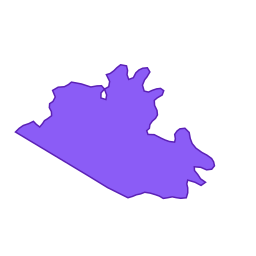 Entre Rios, Santa Catarina, Brazil, rotated 121°
{"feature_id": "56859067B45764003386581", "entity_name": "Entre Rios", "entity_type": "district", "adm_level": 2, "iso_a3": "BRA", "parent_name": "Brazil", "parent_adm1": "Santa Catarina", "projection": "natural_earth1", "projection_center": [-52.594, -26.737], "detail": "fine", "context": "isolated", "style": "filled", "palette": "violet", "viewbox_px": 256, "rotation_deg": 121, "n_neighbors": 0, "source": "geoboundaries", "source_scale": "gbopen_adm2", "svg_char_len": 1594}
<svg xmlns="http://www.w3.org/2000/svg" viewBox="0 0 256 256"><g transform="rotate(121 128 128)"><path d="M157.8,42.1L152.8,43.4L148.5,46.0L145.7,48.8L141.9,50.0L140.0,42.6L139.6,35.8L134.6,33.6L134.2,39.6L132.0,44.1L130.2,49.1L127.1,51.2L124.2,45.3L123.4,39.1L120.2,35.0L115.9,34.4L112.9,37.2L111.1,40.6L110.6,46.3L110.9,52.1L110.3,59.4L108.3,65.0L105.0,69.2L100.3,73.3L98.9,79.1L102.0,83.1L105.2,84.4L109.4,84.7L112.9,81.8L116.1,80.8L118.3,85.7L119.2,90.1L119.7,94.8L120.2,102.1L123.2,107.5L120.7,110.6L117.3,109.5L113.8,111.0L109.6,110.7L105.6,109.4L101.6,109.5L98.0,112.2L94.9,116.9L90.8,119.7L87.0,118.4L82.1,115.7L77.6,116.6L77.3,120.5L79.7,123.6L83.1,126.5L86.7,129.0L88.0,133.2L83.8,137.7L78.1,138.6L74.7,138.1L68.7,138.1L66.4,142.4L69.2,146.2L72.6,148.5L76.7,149.7L82.1,149.3L86.0,152.4L82.8,156.3L78.9,158.0L75.5,161.3L77.6,166.9L82.1,168.6L86.2,169.6L90.5,171.4L93.4,174.0L97.5,167.7L102.5,165.8L106.8,168.2L105.4,172.5L108.0,176.4L112.0,181.0L113.3,186.6L114.2,190.5L116.1,195.7L117.8,200.1L121.4,201.4L125.4,203.8L129.0,208.9L134.6,212.0L138.9,206.3L143.9,206.0L147.5,207.7L151.1,205.9L153.4,202.1L156.8,199.8L161.4,201.7L164.7,203.4L168.1,203.5L172.6,204.2L172.1,208.5L171.0,212.5L175.2,215.2L179.8,219.1L184.3,221.1L189.4,222.4L189.4,175.9L189.4,154.9L189.4,144.7L189.4,138.5L189.6,114.7L187.8,92.1L184.3,88.9L180.9,86.4L177.9,83.2L174.5,80.6L172.4,75.5L171.0,70.0L170.2,66.0L170.2,61.5L167.1,57.8L164.2,54.6L162.9,50.9L161.1,46.6L157.8,42.1ZM106.8,168.2L110.7,163.3L115.0,161.6L116.2,166.7L111.8,169.2L106.8,168.2Z" fill="#8b5cf6" stroke="#5b21b6" stroke-width="1.5"/></g></svg>